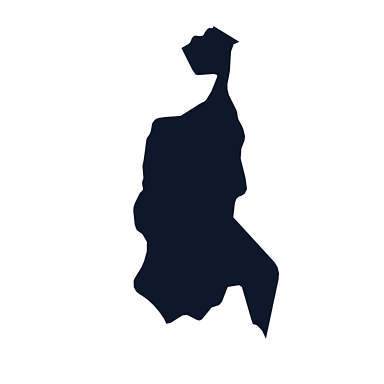 outline of San Marcos, rotated 168°
{"feature_id": "GTM-1947", "entity_name": "San Marcos", "entity_type": "Department", "adm_level": 1, "iso_a3": "GTM", "parent_name": "Guatemala", "parent_adm1": "", "projection": "equal_earth", "projection_center": [-91.97, 14.971], "detail": "fine", "context": "isolated", "style": "filled", "palette": "ink", "viewbox_px": 384, "rotation_deg": 168, "n_neighbors": 0, "source": "natural_earth", "source_scale": "10m", "svg_char_len": 1749}
<svg xmlns="http://www.w3.org/2000/svg" viewBox="0 0 384 384"><g transform="rotate(168 192 192)"><path d="M116.1,329.5L121.0,328.5L125.3,321.6L130.6,302.5L135.8,290.0L136.7,285.0L136.5,278.9L132.3,263.0L132.1,260.6L132.4,255.9L132.3,253.3L130.0,245.4L129.5,242.7L129.3,235.8L130.5,232.0L135.5,224.3L138.2,214.6L137.5,194.5L138.3,183.8L141.2,180.1L144.2,178.9L147.3,178.5L150.5,176.7L152.9,173.0L157.7,158.6L126.5,105.7L124.7,100.5L124.6,94.4L126.2,88.8L130.7,78.8L142.4,52.4L150.0,35.4L151.5,42.1L155.7,48.9L159.2,50.7L159.8,55.5L162.2,89.1L164.9,91.8L177.2,92.5L177.8,91.5L185.9,79.2L189.2,76.5L197.1,75.7L204.4,69.8L208.5,66.5L210.1,65.7L211.7,65.6L213.8,66.8L222.0,73.5L227.1,74.1L240.2,69.2L243.9,69.2L244.1,70.4L245.2,74.7L248.7,82.8L252.6,89.9L257.1,96.2L261.8,101.4L264.2,103.6L266.6,106.6L267.9,111.0L266.8,117.1L265.3,119.2L256.9,128.0L252.5,134.1L247.9,142.9L245.7,152.5L248.6,161.5L253.2,166.5L254.1,171.7L252.6,185.6L251.7,188.9L249.7,192.4L242.7,201.3L240.9,202.4L238.9,203.9L238.6,204.8L238.3,206.1L238.5,208.4L238.1,211.5L235.9,215.5L234.3,227.6L232.5,231.8L232.1,232.6L225.6,250.6L225.4,251.6L224.8,252.8L223.9,254.0L220.7,257.1L219.6,258.7L219.0,259.7L215.9,267.2L213.6,269.2L211.5,270.3L209.0,270.6L202.3,270.1L187.2,268.0L166.0,275.9L160.8,277.2L158.0,279.1L151.5,286.0L143.2,298.4L142.2,300.4L142.5,301.4L143.3,302.3L145.3,303.4L146.6,303.8L160.9,305.7L162.9,306.4L163.5,306.8L165.7,312.3L171.5,334.5L164.3,336.8L162.2,338.1L159.5,342.0L158.5,342.8L157.6,343.3L157.0,343.5L156.2,343.4L155.5,343.3L154.3,342.7L152.0,342.1L149.6,341.8L148.4,342.2L147.6,342.6L145.4,345.2L143.3,347.1L142.1,347.8L140.9,348.0L138.4,347.2L137.4,347.4L136.7,347.7L136.3,348.6L116.1,329.5Z" fill="#0f172a" stroke="#020617" stroke-width="1.5"/></g></svg>